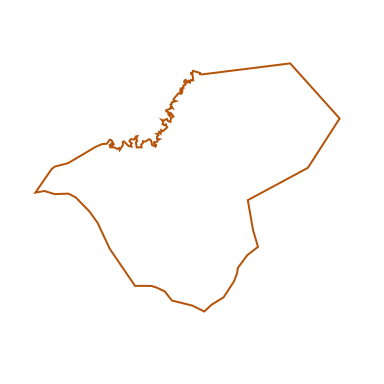 Abadam, Borno, Nigeria, rotated 353°
{"feature_id": "59680162B89355923746110", "entity_name": "Abadam", "entity_type": "district", "adm_level": 2, "iso_a3": "NGA", "parent_name": "Nigeria", "parent_adm1": "Borno", "projection": "mercator", "projection_center": [13.226, 13.367], "detail": "medium", "context": "isolated", "style": "outline", "palette": "amber", "viewbox_px": 384, "rotation_deg": 353, "n_neighbors": 0, "source": "geoboundaries", "source_scale": "gbopen_adm2", "svg_char_len": 1917}
<svg xmlns="http://www.w3.org/2000/svg" viewBox="0 0 384 384"><g transform="rotate(353 192 192)"><path d="M124.0,278.2L140.4,280.3L145.3,282.6L152.8,287.3L158.9,297.3L178.5,304.8L189.6,312.1L197.8,306.2L210.5,300.4L222.9,285.7L226.9,278.1L228.2,273.0L239.2,261.4L250.8,254.5L247.9,236.9L246.4,206.9L310.0,182.1L347.5,137.0L305.1,76.3L216.0,76.5L214.3,76.0L214.5,74.8L207.8,71.9L207.2,73.4L205.6,73.6L205.6,75.0L206.8,75.3L206.8,81.3L204.6,80.8L203.3,83.0L202.4,81.1L201.3,81.7L201.7,82.6L200.5,82.5L199.5,80.0L198.2,80.4L197.6,82.1L199.0,83.5L198.4,84.9L196.4,85.2L196.0,86.9L197.1,87.0L196.0,87.3L196.3,88.8L195.8,87.5L193.7,87.9L194.9,89.9L194.5,91.1L193.8,89.6L192.8,89.5L192.7,91.0L194.2,91.4L193.2,93.2L190.7,92.3L185.0,97.5L184.9,98.7L187.1,99.8L182.7,100.7L182.6,102.1L181.3,102.6L183.0,106.5L180.9,105.5L180.5,106.8L176.4,107.6L176.3,108.8L179.4,110.6L177.9,111.8L179.3,114.1L180.9,111.6L182.8,114.7L180.1,116.3L179.1,119.8L176.7,118.6L176.1,116.5L172.2,117.6L170.8,116.8L172.0,118.9L171.1,121.2L173.0,122.4L174.2,121.6L175.2,124.9L170.6,128.1L169.0,126.8L168.0,130.2L166.7,128.3L165.3,130.5L164.4,130.3L165.6,131.5L164.0,132.8L163.7,134.8L166.2,135.7L164.1,136.5L163.7,137.8L160.3,138.1L160.3,139.3L162.2,141.0L161.4,142.5L158.1,140.5L157.6,135.7L155.9,134.3L151.9,136.3L149.6,135.6L149.1,137.6L147.4,138.8L147.4,141.5L142.5,141.0L142.4,135.8L143.9,134.6L143.0,132.4L144.6,129.9L143.2,130.0L141.1,132.9L137.9,132.1L136.6,133.0L136.1,133.9L138.2,136.4L137.1,137.1L137.5,139.6L134.6,138.6L130.6,133.5L129.4,133.9L129.1,137.0L125.4,141.5L125.1,139.5L122.9,140.2L120.7,138.3L116.3,137.7L116.1,135.5L117.3,135.7L117.8,134.1L118.9,134.5L118.9,136.0L120.2,135.0L118.5,130.9L116.7,130.1L113.4,133.7L108.4,133.5L101.5,135.6L72.4,148.3L59.2,150.0L55.7,151.9L36.5,173.5L45.6,173.0L55.3,177.3L69.3,178.6L76.0,183.3L87.6,198.5L94.6,211.2L103.5,238.5L124.0,278.2Z" fill="none" stroke="#b45309" stroke-width="2"/></g></svg>